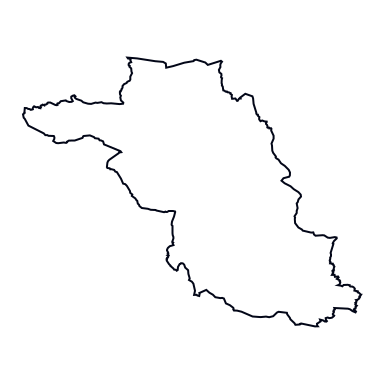 Nittedal nor, Akershus, Norway
{"feature_id": "86288312B73393856679097", "entity_name": "Nittedal nor", "entity_type": "district", "adm_level": 2, "iso_a3": "NOR", "parent_name": "Norway", "parent_adm1": "Akershus", "projection": "equal_earth", "projection_center": [10.849, 60.08], "detail": "fine", "context": "isolated", "style": "outline", "palette": "ink", "viewbox_px": 384, "rotation_deg": 0, "n_neighbors": 0, "source": "geoboundaries", "source_scale": "gbopen_adm2", "svg_char_len": 5950}
<svg xmlns="http://www.w3.org/2000/svg" viewBox="0 0 384 384"><path d="M273.6,135.7L271.2,130.6L271.4,128.7L271.0,128.2L269.3,128.4L269.1,127.7L267.6,127.7L267.3,127.4L267.5,126.3L267.0,124.9L266.0,123.9L266.1,122.2L266.7,122.0L266.7,121.6L264.5,121.4L262.2,120.5L260.5,121.2L259.4,119.7L259.1,119.0L259.4,117.1L258.1,116.0L257.9,114.7L256.8,114.5L256.3,113.5L256.3,112.6L253.6,103.9L253.1,98.4L252.4,96.3L245.3,93.8L240.2,97.6L240.6,98.5L239.0,98.7L237.7,100.8L237.1,100.9L235.4,98.5L232.1,98.8L231.6,96.5L231.9,94.9L230.4,93.8L230.6,93.2L228.7,92.3L227.6,92.3L227.0,92.0L227.2,91.8L226.9,91.5L225.5,91.6L224.5,90.7L223.3,90.4L222.7,86.4L221.9,85.6L222.0,84.2L221.6,83.2L221.7,80.0L222.1,78.2L221.4,77.8L221.0,77.1L221.5,75.4L221.3,73.8L219.4,72.4L218.9,69.9L220.4,67.1L220.3,64.8L220.8,63.3L222.0,61.7L220.9,60.8L207.8,64.9L205.3,62.5L196.4,59.7L194.2,60.1L193.6,61.1L184.3,62.7L173.1,66.1L166.2,67.7L165.8,63.5L163.1,61.9L155.2,61.2L137.0,58.4L127.4,57.6L128.0,58.5L130.8,58.8L130.3,60.0L131.2,62.2L129.4,62.8L128.6,64.1L128.7,65.2L129.7,65.8L129.4,66.7L131.2,68.4L131.5,71.7L132.1,73.1L130.3,76.6L130.3,79.6L129.7,80.7L127.3,81.8L126.6,83.0L124.0,84.2L122.5,86.1L122.6,87.2L122.1,88.6L121.5,89.1L121.5,89.9L120.2,91.2L120.6,91.6L119.9,92.3L119.9,93.1L120.1,94.6L120.9,95.7L120.3,97.4L120.9,100.4L123.3,102.6L123.1,103.7L119.6,104.1L111.2,103.3L106.8,103.5L103.5,103.2L101.5,102.2L97.4,102.9L95.5,102.6L91.2,103.9L88.0,103.7L83.2,102.3L81.4,100.7L76.3,98.9L74.9,97.7L74.6,96.9L75.4,96.3L74.4,95.3L73.0,95.6L71.3,96.6L71.2,98.1L72.8,101.1L71.7,101.8L69.2,102.0L66.3,101.0L65.8,100.4L60.8,101.2L59.0,103.2L57.5,103.4L57.1,104.2L57.5,104.9L56.9,105.2L55.4,105.0L50.2,102.5L48.4,102.5L47.9,102.6L47.2,103.3L47.3,103.7L46.1,104.5L44.9,104.6L44.5,105.5L42.7,104.6L42.1,104.9L41.8,105.5L40.8,105.6L40.4,106.4L40.8,107.3L40.3,107.4L40.3,108.2L38.8,107.9L38.0,107.0L36.1,107.3L34.1,106.3L33.6,106.8L33.8,107.0L33.2,107.3L32.6,108.7L32.8,109.3L31.7,109.7L30.5,109.8L29.8,109.1L28.1,108.9L26.7,108.1L24.8,108.0L24.5,111.3L24.7,112.6L24.2,112.6L23.9,113.7L23.0,114.3L23.7,117.7L24.8,118.9L28.4,125.6L43.8,133.4L45.3,135.1L47.4,135.1L48.4,135.8L53.8,136.0L54.4,137.3L54.3,138.9L53.2,141.0L56.2,143.0L58.2,143.2L63.8,142.5L66.1,142.9L67.1,142.3L67.0,141.7L68.9,140.6L74.8,140.5L82.5,137.9L83.2,136.3L83.7,136.0L89.9,135.4L94.0,137.1L94.9,138.2L98.6,138.7L99.6,140.3L100.9,140.4L103.1,141.4L104.0,144.4L120.5,151.2L121.2,152.2L119.0,152.5L118.8,153.1L109.3,159.8L108.0,161.2L107.4,162.7L106.9,167.1L107.4,168.0L109.7,168.3L110.3,169.3L111.0,169.1L114.1,169.9L115.3,171.6L116.9,172.1L121.0,178.7L123.1,183.6L125.3,184.2L126.9,185.9L130.0,191.1L130.2,192.8L132.3,194.5L131.8,195.9L135.3,198.4L136.5,200.3L137.2,200.7L137.8,203.6L139.0,204.7L139.4,206.0L141.8,208.0L147.9,208.8L150.8,209.8L155.7,210.0L156.3,210.5L164.1,212.2L165.4,211.6L166.0,212.0L167.3,211.9L168.7,211.0L173.0,211.0L175.1,211.5L175.2,212.0L174.0,216.6L172.0,221.6L171.6,224.5L171.8,225.2L172.5,225.9L172.5,233.2L172.7,235.1L173.4,237.0L173.4,238.5L172.3,241.7L173.1,242.5L172.5,242.9L173.5,245.1L169.8,246.2L167.9,247.9L167.1,249.5L167.0,250.5L168.1,252.4L167.7,253.1L168.3,253.6L168.3,254.6L167.5,255.2L168.6,255.7L167.5,257.6L167.1,257.7L166.9,258.2L167.3,258.2L166.6,259.1L167.0,259.5L166.7,260.6L169.0,264.1L170.5,265.6L170.4,265.9L173.4,268.5L174.1,269.6L175.8,269.8L176.7,270.7L177.7,270.0L178.0,266.9L179.7,264.0L180.5,263.9L180.8,263.3L181.9,263.2L183.0,263.5L184.2,264.7L185.2,267.6L188.1,270.2L188.4,273.9L189.7,278.4L189.0,280.0L191.9,281.7L193.4,283.7L195.0,290.8L194.1,294.9L196.6,294.8L197.3,295.5L199.2,296.0L199.7,293.5L199.4,293.0L206.3,289.9L209.4,292.7L212.9,294.7L215.3,297.2L220.3,298.1L222.2,297.9L223.9,298.5L225.9,303.4L229.9,305.2L233.3,307.8L233.6,309.0L233.3,309.4L233.9,310.5L237.0,310.6L241.5,311.7L252.6,316.5L260.6,317.1L266.0,316.6L269.2,317.2L273.2,316.2L277.0,312.5L278.6,311.8L286.9,312.8L287.2,314.3L289.9,317.9L290.4,319.3L294.5,323.2L295.4,324.8L299.8,324.5L300.4,324.2L300.2,323.8L301.1,323.5L315.0,326.4L317.8,326.3L317.2,325.5L317.0,323.7L320.6,321.4L320.0,319.6L323.1,320.4L324.8,321.5L326.4,321.6L326.9,321.1L325.9,319.8L325.7,318.1L327.7,317.5L329.2,318.1L331.0,317.9L332.1,317.6L334.0,316.0L334.2,315.6L332.9,314.7L332.8,313.9L333.8,312.5L333.9,311.6L333.4,311.3L333.7,310.2L334.8,309.5L334.3,308.0L348.0,308.7L350.0,309.3L352.5,311.1L355.5,312.4L356.0,311.5L353.9,309.5L354.4,308.7L355.5,308.5L355.8,307.6L355.5,306.9L356.8,305.7L355.5,304.8L355.3,304.4L355.9,303.6L355.3,302.9L356.3,302.1L356.2,301.3L356.8,300.7L356.2,300.0L357.4,299.8L359.1,298.6L359.0,298.3L359.8,297.4L359.3,296.8L359.5,296.4L360.0,296.4L361.0,294.8L360.5,294.8L360.6,294.4L359.0,292.8L358.0,292.5L357.9,291.7L357.1,291.5L357.3,291.2L354.4,290.6L354.8,288.6L353.8,287.4L352.5,286.6L350.3,286.5L349.6,285.8L349.7,285.2L347.6,284.8L343.6,285.0L342.3,286.3L341.0,285.7L338.0,285.2L339.4,284.6L340.3,282.7L339.6,281.4L340.1,281.0L339.7,280.3L336.9,278.9L338.6,277.4L338.1,276.5L334.9,276.8L334.6,274.9L332.0,274.9L333.0,273.3L332.8,273.1L333.3,272.6L333.1,271.9L333.5,271.2L332.5,271.2L332.4,270.8L333.9,269.3L333.7,268.3L334.4,266.6L333.7,265.8L333.8,265.2L332.5,264.3L332.7,263.7L330.1,263.4L330.5,262.2L329.9,261.8L330.1,261.2L329.7,260.3L330.3,258.8L330.1,257.9L331.0,256.0L331.0,254.3L330.6,253.0L333.4,243.9L332.7,243.5L332.8,243.1L334.0,241.0L336.7,238.4L336.6,237.5L334.8,237.1L329.9,237.9L327.7,237.6L324.3,235.4L322.7,235.2L315.5,235.7L314.0,234.5L313.3,232.4L311.2,232.6L302.7,230.6L301.9,229.5L298.4,227.5L295.1,223.1L294.8,218.8L295.1,217.7L294.5,216.3L296.7,213.0L296.7,210.9L297.6,208.1L296.7,203.4L297.7,202.2L298.5,199.4L301.0,196.6L300.7,194.6L298.4,192.1L293.8,189.2L290.6,186.3L284.7,183.3L281.5,180.7L283.5,178.2L289.2,176.7L289.9,175.3L290.0,172.5L288.7,169.8L284.8,165.9L281.0,163.3L278.5,159.6L276.4,158.4L275.6,157.5L275.9,156.5L273.2,152.9L272.3,150.7L272.0,145.5L271.5,143.6L273.6,138.7L273.6,135.7Z" fill="none" stroke="#020617" stroke-width="2"/></svg>